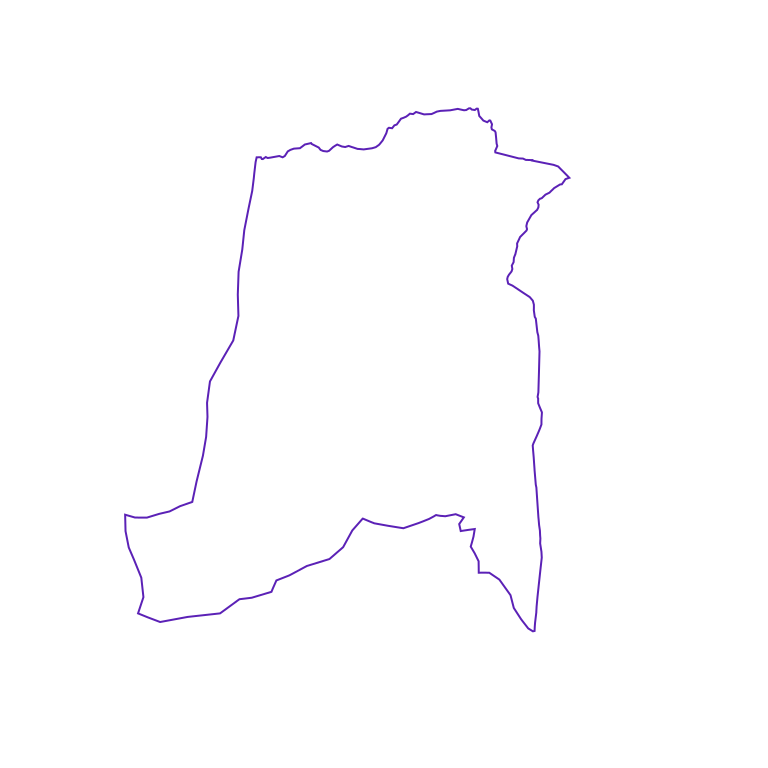 Monts de Lam, Logone Oriental, Chad (Equal Earth projection), rotated 196°
{"feature_id": "50815135B14191552615898", "entity_name": "Monts de Lam", "entity_type": "district", "adm_level": 2, "iso_a3": "TCD", "parent_name": "Chad", "parent_adm1": "Logone Oriental", "projection": "equal_earth", "projection_center": [15.78, 8.051], "detail": "fine", "context": "isolated", "style": "outline", "palette": "violet", "viewbox_px": 768, "rotation_deg": 196, "n_neighbors": 0, "source": "geoboundaries", "source_scale": "gbopen_adm2", "svg_char_len": 4423}
<svg xmlns="http://www.w3.org/2000/svg" viewBox="0 0 768 768"><g transform="rotate(196 384 384)"><path d="M312.5,259.8L308.9,262.5L303.5,266.7L299.5,270.6L298.9,271.3L297.8,272.4L297.3,272.4L296.1,272.5L293.4,272.8L291.6,273.2L289.0,273.7L288.8,273.7L279.2,278.6L270.5,277.8L273.1,270.1L269.7,263.8L268.2,264.5L262.3,267.2L256.8,269.6L256.4,266.2L256.1,263.6L255.9,261.9L255.8,256.2L255.8,251.6L250.2,246.3L244.2,239.7L242.2,233.1L240.9,228.7L237.3,229.8L230.8,231.6L219.2,227.8L204.2,215.9L197.5,204.5L188.2,196.4L187.5,195.8L185.8,194.5L183.6,192.9L178.0,188.8L172.7,187.3L171.2,188.1L172.2,192.4L173.0,196.3L174.7,206.8L174.8,207.0L176.0,212.3L177.8,221.8L178.9,228.1L182.1,246.5L184.5,260.6L186.4,266.1L190.0,273.9L190.1,274.4L191.1,278.6L192.2,281.5L193.7,286.0L196.0,291.1L198.1,296.6L198.9,298.6L205.1,315.7L209.0,326.5L209.8,328.0L210.4,329.2L215.6,342.9L215.9,343.8L217.8,349.0L219.9,354.8L222.5,361.6L224.1,365.9L224.0,368.0L222.8,376.2L222.1,381.7L221.8,384.5L221.5,388.5L222.2,391.0L223.0,393.9L224.1,399.1L224.4,400.3L227.8,404.5L230.5,408.0L231.7,412.1L231.7,412.3L232.8,413.9L233.3,418.5L238.2,437.7L243.5,458.2L245.2,462.6L247.3,468.4L249.0,472.9L250.9,476.1L256.1,488.7L257.5,490.0L257.9,490.8L260.3,496.2L260.9,498.5L261.8,501.6L263.9,505.1L266.0,506.5L267.8,507.7L275.8,510.2L278.6,511.1L287.7,514.0L289.8,514.3L292.3,514.7L294.5,518.8L294.6,521.1L294.0,523.5L292.6,526.9L292.4,527.4L292.4,528.2L292.3,529.9L293.8,533.0L293.0,536.9L293.9,541.1L293.6,544.4L293.5,544.6L293.9,553.3L294.1,553.7L294.8,555.8L293.9,561.4L293.7,562.8L292.1,565.7L291.3,567.1L290.6,568.4L289.3,570.8L289.2,572.3L290.0,573.7L290.7,575.0L290.8,577.0L290.9,578.7L289.7,583.7L288.9,587.0L285.0,593.3L284.8,593.5L284.3,596.3L284.4,596.9L284.8,599.0L285.6,599.9L286.5,601.0L286.3,602.7L286.2,603.2L285.1,605.1L284.4,605.5L283.5,606.2L282.7,607.6L281.0,610.5L280.7,610.8L277.7,613.5L276.2,616.2L275.8,616.8L274.4,619.3L274.0,619.7L269.8,624.3L269.1,624.6L268.1,625.0L266.0,631.0L262.7,633.3L265.3,634.8L271.9,638.5L273.7,639.5L276.5,641.1L278.0,641.2L281.4,641.4L303.3,639.6L303.3,640.1L303.9,639.9L309.5,638.5L312.5,639.0L313.8,638.7L315.8,638.2L316.3,638.1L316.7,638.0L331.1,637.6L340.8,637.3L340.9,637.5L341.4,638.7L341.1,640.8L340.7,644.0L342.0,646.1L343.9,651.1L346.1,656.6L346.8,657.4L347.2,657.7L347.8,657.9L350.5,658.5L351.5,660.3L351.7,663.0L351.8,663.5L354.4,666.5L355.0,666.5L355.4,666.4L356.1,665.3L356.9,664.1L359.6,664.4L361.1,664.6L361.9,665.1L363.4,666.1L366.3,667.9L368.6,672.5L368.8,672.8L369.6,674.4L369.7,674.5L370.1,674.4L370.9,674.2L372.2,672.4L373.8,672.2L375.3,672.0L375.7,672.2L376.9,672.8L377.2,672.7L378.3,672.4L380.5,670.0L380.8,669.9L382.5,669.2L386.9,668.9L388.9,668.8L395.9,665.3L405.0,662.1L408.3,660.4L410.0,658.9L410.2,658.7L412.7,656.6L415.7,655.6L419.8,654.2L425.7,654.3L426.9,654.3L428.2,654.3L430.4,651.5L433.6,651.0L435.0,648.9L436.4,647.1L438.7,645.2L440.8,643.7L442.3,639.5L443.3,636.9L445.3,635.5L446.7,632.1L449.4,631.7L449.8,631.7L450.0,631.5L450.9,630.3L450.9,625.7L452.4,617.8L453.8,614.5L454.6,612.7L455.2,611.9L457.2,609.4L460.5,607.3L468.2,603.9L472.4,603.1L474.2,602.7L479.1,602.9L480.1,602.9L483.6,603.1L485.9,601.6L486.6,601.1L490.0,600.7L495.0,601.3L496.6,599.6L498.3,597.6L501.1,593.0L502.8,591.8L505.9,591.3L506.7,591.2L509.0,591.5L509.4,591.5L510.0,591.9L510.4,592.2L511.9,593.3L516.0,594.1L519.7,594.8L520.1,595.2L520.5,595.5L524.3,593.4L526.1,592.4L527.8,590.1L529.8,587.5L535.5,585.4L538.6,583.2L539.4,582.3L540.6,581.1L542.2,575.8L542.3,575.7L543.9,574.0L546.5,574.2L547.5,574.3L555.4,570.4L558.0,569.2L558.4,569.2L560.2,569.6L562.5,566.8L563.5,566.6L564.9,568.0L568.9,566.8L568.6,562.0L568.1,558.9L566.7,550.4L565.9,546.0L563.9,533.3L562.6,515.6L560.7,493.3L557.3,474.2L554.7,451.8L549.2,429.7L542.7,409.3L540.9,384.3L547.1,359.8L552.0,338.5L548.9,317.1L544.6,303.7L540.4,284.1L538.3,265.2L537.3,238.7L535.8,217.8L546.3,210.4L555.0,202.4L564.3,197.2L575.1,190.2L586.5,187.0L596.8,187.0L591.9,171.3L584.3,156.5L575.8,146.1L563.9,130.9L556.5,112.8L557.2,95.7L546.9,94.6L533.6,93.5L508.5,106.0L478.4,118.3L477.6,119.3L470.3,128.7L465.2,135.3L463.6,137.3L458.1,139.6L452.2,142.1L434.9,153.2L434.5,156.8L433.3,165.5L423.6,172.9L422.2,174.0L420.2,175.9L408.0,187.8L388.2,200.7L378.3,215.9L374.1,234.5L367.4,248.7L367.3,248.8L358.9,247.8L357.0,247.6L356.6,247.6L355.0,247.4L341.2,248.8L331.2,250.0L325.6,250.7L312.5,259.8Z" fill="none" stroke="#5b21b6" stroke-width="2"/></g></svg>